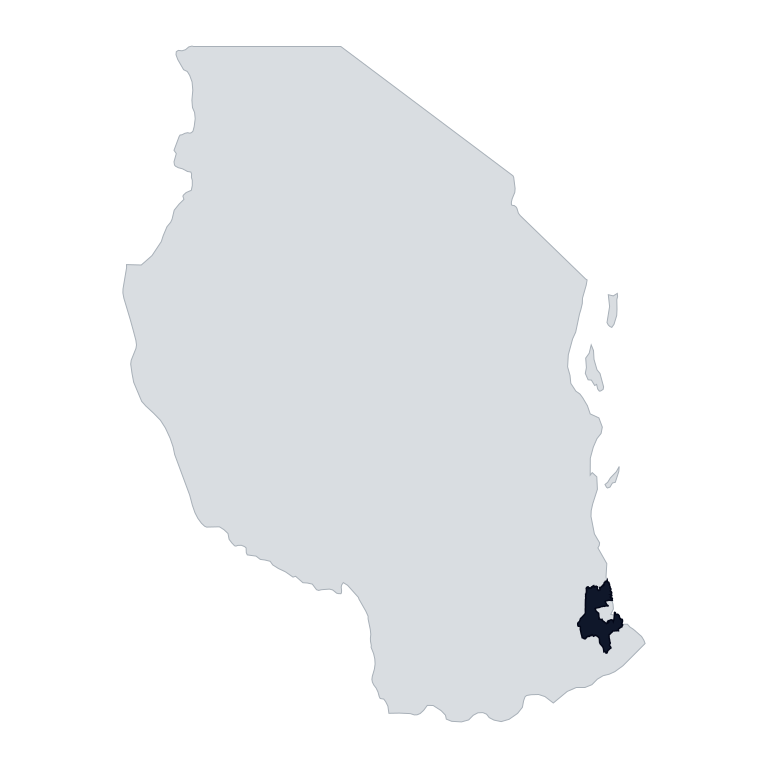 Lindi, Lindi, United Republic of Tanzania (highlighted)
{"feature_id": "72390352B7713188541433", "entity_name": "Lindi", "entity_type": "district", "adm_level": 2, "iso_a3": "TZA", "parent_name": "United Republic of Tanzania", "parent_adm1": "Lindi", "projection": "equal_earth", "projection_center": [39.517, -10.037], "detail": "fine", "context": "in_parent", "style": "filled", "palette": "ink", "viewbox_px": 768, "rotation_deg": 0, "n_neighbors": 0, "source": "geoboundaries", "source_scale": "gbopen_adm2", "svg_char_len": 9302}
<svg xmlns="http://www.w3.org/2000/svg" viewBox="0 0 768 768"><path d="M293.0,577.1L285.4,571.8L278.4,568.5L272.7,564.9L270.2,561.3L264.9,560.0L260.3,559.4L256.0,556.1L247.3,554.9L246.3,552.7L246.1,547.9L244.6,546.6L241.4,545.3L237.9,545.4L235.9,546.1L234.6,545.8L231.8,542.9L229.1,539.3L228.0,533.5L224.0,529.7L219.4,526.8L206.6,527.1L204.6,526.2L201.5,523.3L197.9,518.4L195.0,512.8L192.4,505.3L189.7,495.1L174.7,454.6L173.1,446.9L170.2,438.4L165.4,428.0L160.4,420.2L153.6,413.2L145.9,406.1L141.7,401.4L133.7,382.3L132.0,373.3L130.7,364.1L131.2,360.3L136.0,348.3L136.5,345.0L135.9,340.4L133.4,330.9L130.2,319.3L123.9,298.3L122.9,293.0L123.0,289.0L126.6,267.6L126.5,264.6L141.3,265.0L152.0,255.6L161.3,241.6L163.2,235.7L167.0,226.7L170.7,222.2L172.1,219.1L174.2,210.2L179.1,204.1L183.9,199.4L182.9,196.1L183.6,194.9L186.2,192.5L191.3,190.3L192.3,185.6L192.3,180.3L191.4,177.3L191.6,173.9L190.8,172.0L187.5,171.5L182.5,168.8L178.3,167.7L175.5,166.2L174.5,165.0L174.0,161.8L176.3,153.6L174.0,150.3L179.1,136.6L180.1,135.0L181.9,134.8L184.9,133.3L187.6,132.7L189.9,133.2L191.5,132.6L193.0,131.1L194.2,126.5L195.2,118.7L194.6,112.5L192.5,107.6L191.9,100.2L192.8,90.3L192.1,82.0L189.7,75.4L187.3,71.5L183.6,69.7L177.8,59.6L176.0,54.7L176.3,51.7L178.3,50.4L182.0,50.8L185.5,49.7L188.8,46.9L191.9,46.1L193.6,46.5L340.8,46.5L513.0,175.8L513.7,177.4L515.1,188.5L514.8,192.3L512.2,198.7L511.4,202.0L511.4,204.4L512.0,205.3L514.3,205.6L516.2,207.1L516.9,208.3L518.4,213.2L520.2,215.6L585.6,279.0L587.1,279.9L586.2,285.2L582.5,298.1L582.3,303.5L580.8,309.8L579.5,314.0L575.7,332.1L572.6,338.9L568.3,354.8L567.6,366.9L570.0,375.4L570.8,383.4L575.9,391.2L579.9,394.0L582.6,397.6L587.4,405.7L590.2,413.9L598.9,417.9L602.3,427.1L601.1,433.4L597.0,438.6L593.3,447.1L590.3,458.2L590.2,475.2L592.2,472.6L596.8,476.8L597.4,489.3L592.7,503.9L591.2,510.7L591.0,516.5L594.4,533.9L599.6,542.8L599.2,545.6L597.9,547.9L606.8,563.6L606.0,577.2L609.3,587.8L610.8,597.0L613.0,604.1L613.4,609.0L610.7,614.4L617.1,615.7L620.9,620.1L622.7,624.3L627.4,624.2L629.9,627.0L633.5,629.4L641.6,636.5L643.8,640.1L645.1,643.5L622.9,665.8L614.9,671.6L609.2,674.2L603.1,675.7L597.3,679.2L591.9,684.7L584.9,687.5L576.3,687.5L567.3,691.4L553.3,703.0L545.0,696.6L538.6,694.5L531.2,694.7L526.6,695.5L525.0,696.9L523.6,700.8L522.4,707.3L517.6,713.4L509.1,719.3L501.2,721.6L494.0,720.1L489.2,717.6L486.6,714.2L482.9,712.6L477.9,712.8L473.2,715.3L468.7,719.9L461.5,721.9L451.6,721.3L446.3,719.1L445.5,715.2L441.2,710.7L433.2,705.5L427.3,705.4L423.6,710.4L420.2,713.5L417.1,714.8L414.3,714.9L410.3,713.6L399.3,713.1L388.9,713.3L387.9,706.1L385.7,701.7L383.8,699.1L380.2,698.5L379.2,696.5L378.0,692.0L376.2,688.2L373.8,685.0L372.4,682.1L371.9,679.4L372.3,676.4L374.4,669.1L375.1,664.0L374.8,658.9L373.6,653.6L371.1,647.3L371.3,645.5L370.5,641.2L370.4,638.2L370.8,634.4L370.3,629.5L368.1,618.9L368.1,616.2L365.8,611.1L358.9,599.0L358.5,597.5L347.6,585.3L343.3,582.6L341.7,584.9L341.2,587.0L341.6,590.9L341.4,592.9L340.9,593.7L338.4,593.6L336.7,593.2L332.6,589.9L329.4,589.1L321.5,589.7L318.7,590.4L316.5,589.7L312.3,584.1L307.3,583.0L302.9,582.7L295.6,576.3L293.0,577.1ZM600.0,373.5L603.6,386.9L603.1,389.4L600.6,391.0L599.3,391.1L597.7,389.0L596.6,384.4L594.7,385.5L591.4,380.1L588.1,379.8L585.3,373.4L586.4,367.7L585.7,358.1L589.2,353.2L591.2,344.9L593.5,350.6L594.0,359.4L597.0,369.8L600.0,373.5ZM617.3,293.4L617.6,296.6L616.8,299.6L617.0,309.2L616.7,315.5L614.0,324.3L611.8,327.4L609.9,326.5L608.3,325.0L607.0,322.6L609.6,306.5L608.3,294.7L613.3,295.9L617.3,293.4ZM610.0,487.1L607.5,488.0L606.5,487.2L605.0,484.5L607.7,482.3L610.3,478.0L616.4,471.6L619.2,466.5L618.8,471.4L615.3,482.3L612.4,483.0L610.0,487.1Z" fill="#d9dde1" stroke="#a8b0b8" stroke-width="1"/><path d="M585.6,594.1L585.6,594.4L585.7,594.9L585.7,595.5L585.7,595.8L585.6,596.2L585.6,596.5L585.7,596.9L585.7,597.4L585.9,597.9L585.9,598.2L585.7,598.4L585.7,598.8L585.5,599.4L585.4,604.9L585.4,606.4L585.5,606.8L585.3,609.1L585.4,612.7L585.3,613.3L584.6,614.5L584.0,615.0L582.3,616.9L580.6,618.5L580.3,619.0L580.1,620.0L579.6,621.2L579.3,621.7L578.9,622.0L578.5,622.2L577.8,623.2L577.7,624.1L577.9,625.6L578.1,626.1L578.3,626.2L580.1,626.4L580.3,626.5L580.4,627.6L580.3,629.5L580.7,631.1L581.2,633.7L581.8,635.8L582.2,637.8L582.4,637.9L582.7,637.7L583.2,637.7L583.3,637.8L583.8,638.5L584.2,638.4L584.9,638.9L585.3,638.5L585.4,638.4L585.6,638.5L586.1,637.8L586.4,637.7L586.5,637.6L586.7,637.3L586.6,637.1L586.9,637.0L587.6,636.4L588.3,636.3L588.4,636.1L588.8,636.2L589.0,636.5L589.4,636.3L589.7,636.3L589.8,636.2L589.9,635.8L590.3,635.4L591.0,635.6L591.2,635.3L591.3,635.4L591.5,635.1L592.1,634.9L592.2,634.7L592.4,634.8L593.4,636.3L593.5,636.3L594.0,636.0L594.5,635.8L594.6,635.5L594.8,635.4L595.2,635.4L595.4,635.2L595.7,635.5L596.1,635.4L598.4,637.1L599.0,637.8L599.2,638.2L599.4,638.8L599.6,642.3L599.8,643.0L600.4,644.1L600.9,644.6L602.5,646.5L603.0,647.3L603.3,648.0L603.6,649.6L603.9,651.9L604.3,651.8L605.8,651.8L605.9,653.0L606.2,653.1L606.9,653.0L607.1,652.7L607.8,650.7L607.9,650.4L608.7,649.9L609.9,648.6L610.7,648.3L610.9,648.0L610.8,647.3L610.2,646.4L609.6,645.6L609.5,645.3L609.5,644.9L609.6,644.4L610.2,643.3L610.3,643.0L609.7,641.3L609.6,639.9L609.1,637.9L609.0,635.3L609.1,634.7L610.1,634.0L611.4,632.6L612.1,632.1L612.9,631.0L613.5,630.9L614.2,631.0L614.9,630.8L615.8,630.8L616.2,630.7L616.6,630.8L617.0,630.6L618.5,630.8L618.5,630.1L618.5,629.3L618.5,629.0L618.6,628.7L619.0,628.4L619.6,628.2L620.2,627.7L620.8,627.4L621.3,626.9L621.8,626.9L622.0,626.2L622.3,625.8L622.4,625.6L622.4,625.3L622.5,625.2L622.4,625.0L622.5,624.9L622.4,624.8L622.4,624.4L622.0,623.9L621.8,623.9L621.7,623.5L621.7,623.2L622.3,622.3L622.5,621.4L622.5,620.3L622.4,619.9L622.2,619.5L621.9,619.2L621.7,619.3L620.8,619.5L620.7,619.2L620.4,619.0L620.4,618.7L620.2,618.7L620.3,619.0L620.2,619.0L619.9,618.3L619.8,617.9L619.5,617.2L619.2,615.8L618.9,615.4L618.1,614.5L617.7,614.3L617.2,614.2L616.3,614.6L616.1,614.5L615.9,614.3L615.6,614.2L615.5,613.7L615.5,613.1L615.3,612.7L615.1,612.5L614.7,612.3L614.5,612.5L614.3,616.1L614.1,618.3L613.8,620.1L613.3,621.5L613.2,621.1L612.3,620.0L611.4,619.8L610.6,619.9L610.2,620.2L609.1,620.6L609.0,620.8L609.1,621.0L608.8,621.5L608.7,622.2L608.5,622.6L608.2,622.8L608.0,622.6L608.1,622.3L608.1,621.9L608.2,621.4L608.2,621.0L608.1,620.9L607.9,621.2L607.9,621.6L607.4,621.9L607.4,622.4L607.3,622.8L607.1,622.7L606.9,623.0L606.7,623.1L606.8,623.3L606.6,623.4L606.5,623.6L605.5,623.0L604.2,621.8L603.4,621.4L602.6,620.5L602.2,620.3L602.1,619.4L601.8,619.5L601.4,619.4L601.0,619.4L600.6,619.3L600.2,619.3L599.8,619.1L599.1,619.1L599.1,617.4L599.0,617.0L598.9,616.8L598.8,616.6L598.8,615.1L598.6,613.2L597.5,612.4L596.9,611.8L596.2,611.3L595.9,610.6L595.7,610.0L595.0,608.5L596.7,607.9L598.5,607.6L599.2,607.5L600.0,607.2L601.1,606.6L602.6,606.5L603.3,606.2L603.9,606.1L604.2,606.3L604.4,606.2L604.7,606.3L605.1,606.1L606.1,605.8L608.0,606.0L608.1,605.9L608.1,605.6L607.1,605.0L606.6,604.4L605.2,601.6L605.2,601.4L606.0,600.9L606.8,600.7L608.0,600.5L608.3,600.2L608.9,600.2L611.3,600.4L612.3,600.4L612.1,599.6L612.4,598.7L612.3,598.3L611.9,598.0L611.7,597.9L611.6,598.0L611.7,597.9L611.2,597.7L610.9,598.0L610.6,597.9L610.4,597.7L610.4,597.3L610.3,597.2L610.4,596.7L610.6,596.7L610.8,596.6L611.0,596.3L611.8,595.9L611.9,595.7L611.6,594.9L611.2,594.7L610.8,594.6L611.1,594.5L611.3,594.2L611.7,593.0L611.7,592.6L611.6,592.3L611.4,591.8L610.4,591.2L610.3,590.9L610.5,590.5L610.8,589.9L610.9,589.0L610.7,588.5L610.1,587.8L610.1,587.1L610.0,586.5L609.3,585.2L609.5,584.7L609.5,584.2L609.4,584.0L609.2,583.9L609.0,583.7L608.9,582.6L608.6,582.2L608.4,582.1L608.0,582.4L607.6,582.1L607.3,581.2L607.2,580.2L607.0,580.6L607.0,581.0L606.7,581.3L606.4,581.4L606.1,581.6L605.9,581.5L605.7,581.6L605.7,581.3L605.3,581.4L605.3,581.6L605.2,582.0L605.2,582.3L604.9,582.3L604.6,582.4L604.6,582.5L604.4,582.6L604.2,582.9L604.1,583.0L604.1,583.3L604.0,583.6L604.1,583.8L603.8,584.3L604.0,584.4L604.1,584.6L603.8,585.1L603.7,585.4L603.3,585.4L603.0,585.2L602.8,585.9L602.5,585.8L602.2,585.9L602.1,586.2L602.0,586.3L601.7,586.5L601.4,586.7L601.5,587.1L601.4,587.2L600.9,587.5L600.7,587.8L600.2,587.5L599.8,587.5L599.8,587.8L600.0,588.1L599.8,588.7L600.1,589.3L600.1,589.8L599.6,590.1L598.9,590.2L598.7,590.5L598.3,590.4L598.0,589.8L597.5,589.4L597.3,588.7L597.3,588.0L597.4,587.7L597.5,587.2L597.4,586.8L596.8,586.6L596.4,586.3L596.2,586.5L595.9,586.8L595.4,586.4L595.2,586.3L594.8,586.4L594.5,587.1L594.3,586.9L594.0,587.0L593.9,586.7L594.0,586.2L593.8,586.1L593.7,585.7L593.4,585.9L593.0,586.1L592.9,586.1L592.8,586.3L592.8,586.2L592.6,586.3L592.2,587.0L592.1,586.9L591.9,586.9L591.9,587.1L591.8,587.3L591.6,587.2L591.6,587.7L591.4,588.2L590.9,588.1L590.9,587.8L590.5,587.9L590.3,587.9L590.2,588.1L589.9,587.9L589.8,588.0L589.7,587.9L589.6,588.0L589.4,587.9L589.2,587.9L588.8,588.2L588.7,588.4L588.5,588.2L588.4,588.0L588.2,587.9L588.2,587.4L588.1,587.2L588.1,586.8L587.8,586.8L587.7,586.9L587.3,587.2L586.8,587.3L586.6,587.7L586.6,588.0L586.3,588.2L586.4,588.4L586.6,588.4L586.6,588.6L586.3,588.8L586.4,589.2L586.5,589.1L586.6,589.3L586.4,589.6L586.4,590.3L586.5,590.4L586.7,590.7L586.5,591.0L586.6,591.3L586.6,591.5L586.4,591.8L586.6,592.1L586.4,592.5L586.2,592.8L586.2,593.2L586.3,593.4L586.1,593.7L586.1,593.9L585.6,594.1Z" fill="#0f172a" stroke="#020617" stroke-width="1.5"/></svg>